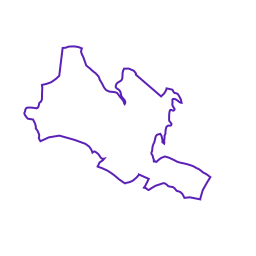 Monchy/Lafeuille, Gros Islet, Saint Lucia (Mercator projection), rotated 210°
{"feature_id": "8701671B46064896130461", "entity_name": "Monchy/Lafeuille", "entity_type": "district", "adm_level": 2, "iso_a3": "LCA", "parent_name": "Saint Lucia", "parent_adm1": "Gros Islet", "projection": "mercator", "projection_center": [-60.941, 14.059], "detail": "fine", "context": "isolated", "style": "outline", "palette": "violet", "viewbox_px": 256, "rotation_deg": 210, "n_neighbors": 0, "source": "geoboundaries", "source_scale": "gbopen_adm2", "svg_char_len": 5813}
<svg xmlns="http://www.w3.org/2000/svg" viewBox="0 0 256 256"><g transform="rotate(210 128 128)"><path d="M84.4,84.3L82.2,84.9L81.1,84.6L79.3,84.5L78.9,84.9L77.5,87.8L75.3,91.7L72.2,95.2L69.8,97.9L68.2,98.5L65.5,98.2L64.1,97.7L61.9,98.4L59.5,99.3L57.6,99.1L54.5,97.9L52.5,98.4L50.8,98.7L49.2,98.4L48.0,98.1L44.6,96.0L44.2,95.7L39.8,98.9L29.8,102.3L30.0,102.6L32.2,111.5L32.3,120.9L32.1,126.6L35.8,127.1L38.0,127.2L40.4,127.0L43.2,127.5L46.1,127.8L49.1,127.5L50.7,127.6L52.2,127.5L54.9,127.1L58.0,126.4L61.9,125.3L64.5,124.4L68.1,123.4L71.5,123.3L75.1,123.0L77.6,122.8L81.7,121.8L83.1,120.2L84.5,118.3L85.4,116.1L86.3,113.4L86.7,112.6L87.6,112.8L88.5,112.1L88.9,111.9L89.1,112.1L89.8,113.5L91.1,114.5L92.0,115.5L93.0,116.5L94.1,117.0L94.8,117.4L95.3,118.1L95.7,120.3L96.7,122.5L97.6,124.8L98.0,127.3L98.1,128.9L98.6,130.6L99.1,132.2L99.8,134.7L99.5,136.6L97.1,139.1L95.0,137.9L92.6,135.4L91.1,132.9L88.9,132.6L89.3,133.6L90.5,135.3L90.6,135.5L91.1,136.9L91.4,137.8L91.7,138.2L92.0,138.7L92.4,139.3L92.6,139.9L92.6,140.7L92.7,141.5L93.0,142.3L93.5,143.1L94.1,144.4L94.5,145.3L95.2,147.7L95.2,148.2L95.1,148.8L94.7,149.6L94.4,150.1L93.6,150.6L92.9,151.0L92.4,151.3L92.1,151.7L92.0,152.2L92.2,152.8L92.3,153.1L92.6,153.5L93.3,153.8L93.6,153.9L94.0,154.1L94.6,154.3L95.1,154.5L95.8,154.8L96.1,155.1L96.6,155.8L98.9,159.9L99.2,160.6L99.6,161.3L99.8,162.0L100.2,163.0L100.3,163.7L100.4,164.2L100.4,164.8L100.1,165.1L99.3,165.4L98.6,165.4L97.6,165.6L97.3,165.8L97.1,166.1L97.0,166.3L96.9,166.7L97.1,167.7L97.5,167.9L97.9,168.2L98.3,168.3L98.9,168.7L99.4,168.9L100.1,169.4L100.6,169.7L101.2,170.3L101.7,171.1L101.9,171.7L102.1,172.1L102.5,172.9L103.2,173.9L103.5,174.3L103.7,174.7L103.7,175.1L103.6,175.5L103.2,175.9L102.7,176.2L102.1,176.5L101.0,176.6L100.0,176.6L98.3,176.5L97.5,176.3L96.6,176.2L95.7,176.2L95.3,176.2L94.2,176.6L94.7,177.2L95.3,177.8L95.8,178.5L96.5,179.1L97.3,179.7L98.1,180.1L99.0,180.8L99.6,181.1L100.5,181.6L101.3,182.1L102.1,182.3L103.1,182.3L104.1,182.0L104.9,181.7L105.8,181.7L106.9,182.2L107.6,182.6L108.1,183.1L108.6,183.2L109.4,183.2L114.4,181.6L114.0,180.4L113.9,179.1L113.9,177.8L113.9,176.7L114.0,175.9L114.2,174.9L114.5,174.0L114.8,173.2L115.1,171.9L147.8,178.1L148.4,179.2L151.5,180.5L157.1,179.8L161.1,177.4L160.9,175.4L160.6,174.1L160.4,173.5L160.3,173.2L160.1,172.8L159.7,172.0L159.5,171.7L159.1,170.9L158.1,168.9L157.7,168.0L157.7,167.9L157.6,167.1L157.6,166.0L157.8,165.4L158.7,163.7L159.1,163.0L159.7,162.0L159.9,161.1L160.0,160.1L159.9,159.3L159.7,158.4L159.3,157.6L158.8,157.1L157.8,156.7L156.9,156.6L156.1,156.6L155.5,156.6L155.0,156.5L154.3,156.3L154.1,156.2L153.8,156.1L153.1,155.8L152.4,155.2L151.8,154.7L151.5,154.3L151.0,153.7L150.7,153.4L150.5,153.1L149.9,152.5L149.0,152.0L148.2,151.6L147.8,151.4L146.5,151.1L144.8,150.3L144.1,149.9L143.6,149.4L143.1,148.7L142.9,147.8L142.9,147.4L142.9,147.0L143.5,147.3L143.9,147.8L144.1,148.0L144.3,148.1L144.5,148.3L144.7,148.5L145.0,148.7L146.0,149.3L146.3,149.5L147.1,149.8L147.6,150.0L147.9,150.1L148.6,150.3L148.8,150.4L149.0,150.4L149.8,150.7L150.8,151.1L151.0,151.2L151.6,151.5L152.0,151.6L153.6,152.4L154.3,152.6L154.5,152.7L155.1,152.9L155.3,152.9L155.5,152.9L156.0,152.8L156.7,152.6L157.2,152.5L158.3,152.0L158.8,151.8L160.0,151.3L161.6,150.5L162.3,150.3L162.5,150.3L163.4,150.1L163.6,150.1L164.3,150.0L165.3,150.0L165.6,149.9L166.2,150.0L167.0,150.3L168.5,150.9L168.8,151.0L169.6,151.5L170.1,151.8L171.2,152.6L171.6,152.8L172.4,153.3L173.6,154.0L175.5,155.1L176.2,155.4L177.0,156.0L177.4,156.4L178.7,157.5L179.6,158.0L180.0,158.1L180.4,158.3L183.4,159.2L183.7,159.3L186.1,159.5L186.9,159.7L189.0,160.1L190.5,160.5L191.1,160.6L192.6,160.8L194.4,161.1L195.4,161.3L196.2,161.9L197.2,162.8L199.4,164.7L201.9,166.8L203.0,167.7L204.0,168.2L205.7,169.5L206.3,170.1L206.9,170.8L207.1,171.3L207.7,173.3L207.7,173.5L207.8,173.9L208.8,173.7L209.9,173.5L210.9,173.4L211.9,173.2L213.2,172.6L214.5,172.2L215.2,171.8L216.4,171.2L217.4,170.5L218.6,169.8L219.8,169.0L220.8,168.0L221.6,167.0L222.3,166.2L223.6,165.3L224.6,164.6L213.6,138.7L213.7,138.4L213.9,138.0L214.3,136.8L214.5,135.9L214.9,134.8L215.2,134.0L217.0,130.1L217.6,129.0L218.8,127.6L219.4,127.0L219.9,126.3L220.7,125.4L220.9,125.2L222.4,123.8L223.5,122.8L224.0,122.3L223.9,122.2L223.1,120.9L222.6,120.4L221.7,118.8L220.6,116.7L220.1,115.6L219.9,115.1L219.4,114.4L219.0,113.8L218.8,113.2L218.4,112.6L218.0,111.9L217.8,111.5L217.3,110.6L216.9,109.8L216.7,109.0L216.7,108.7L216.7,108.4L216.7,107.9L216.6,107.6L216.6,107.4L216.7,107.0L216.8,106.6L217.0,106.3L217.2,106.0L217.3,105.5L217.1,104.6L216.8,103.9L216.6,103.1L216.3,101.9L216.3,100.8L216.3,100.4L216.4,100.1L216.6,100.0L217.0,99.4L217.9,99.0L220.4,98.0L221.1,97.7L223.3,96.6L224.4,95.9L225.3,95.3L225.8,94.8L226.2,93.8L226.0,92.7L225.7,91.5L225.4,90.5L225.3,89.3L224.7,88.4L223.6,87.7L222.3,87.0L220.9,86.4L219.3,86.0L214.7,87.8L214.4,87.8L212.3,86.5L210.8,85.4L209.2,83.9L208.5,83.1L207.8,81.8L207.6,81.4L206.0,80.9L204.9,80.3L203.8,79.5L202.7,78.7L201.3,77.4L200.7,76.2L200.2,74.7L199.3,74.0L198.7,73.6L197.2,72.8L191.9,80.3L183.6,87.1L168.3,91.0L156.9,93.0L152.4,92.5L150.3,91.6L148.6,90.6L147.5,89.8L146.5,88.9L145.8,90.5L145.0,91.0L143.3,91.0L141.9,90.8L140.5,90.5L139.8,90.2L139.0,89.8L137.9,89.2L137.1,88.8L136.0,88.5L135.0,88.5L133.6,89.2L133.5,89.3L133.3,89.5L133.6,87.7L134.1,86.5L134.8,85.2L135.3,84.1L135.4,83.6L135.2,81.7L135.0,80.3L135.2,79.6L135.1,79.4L133.6,79.6L130.8,80.2L126.8,80.6L124.5,80.8L120.2,80.6L116.3,80.2L112.3,79.5L109.8,79.0L107.6,78.9L105.0,78.6L102.8,78.6L102.4,79.2L102.3,79.4L101.7,80.0L101.2,80.4L100.1,81.4L99.5,82.0L98.1,83.9L97.4,85.0L97.3,85.3L97.0,86.1L96.6,87.2L96.1,88.5L95.7,90.1L95.6,90.4L95.5,91.0L95.4,91.7L95.3,92.7L95.2,93.0L95.3,93.2L84.6,94.3L84.5,92.7L84.4,91.1L84.1,86.3L84.2,85.8L84.3,84.9L84.4,84.7L84.4,84.3Z" fill="none" stroke="#5b21b6" stroke-width="2"/></g></svg>